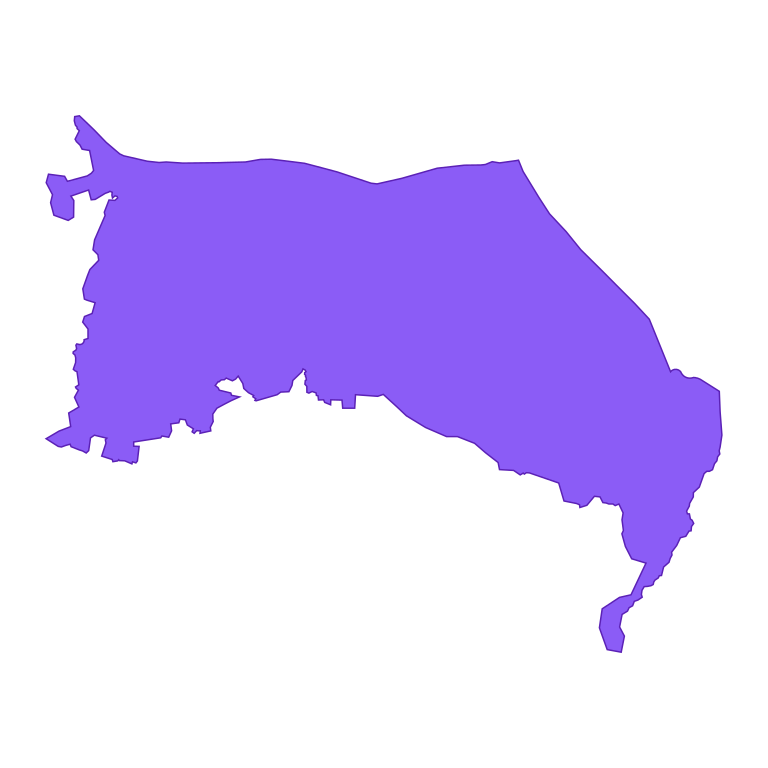 the district of Tell Abiad, Ar Raqqah, Syria
{"feature_id": "27442178B34075692761550", "entity_name": "Tell Abiad", "entity_type": "district", "adm_level": 2, "iso_a3": "SYR", "parent_name": "Syria", "parent_adm1": "Ar Raqqah", "projection": "orthographic", "projection_center": [39.333, 36.35], "detail": "fine", "context": "isolated", "style": "filled", "palette": "violet", "viewbox_px": 768, "rotation_deg": 0, "n_neighbors": 0, "source": "geoboundaries", "source_scale": "gbopen_adm2", "svg_char_len": 5669}
<svg xmlns="http://www.w3.org/2000/svg" viewBox="0 0 768 768"><path d="M46.1,438.7L58.2,446.4L61.4,447.0L65.8,445.4L70.1,444.2L71.1,446.7L79.5,450.0L82.5,450.9L86.2,453.0L88.7,450.6L90.5,437.9L94.4,435.2L106.8,438.2L105.3,439.8L106.0,443.0L101.7,456.1L112.2,459.5L112.9,461.7L117.7,460.9L118.7,459.7L119.4,460.6L124.7,460.8L131.9,463.9L132.5,461.8L135.9,462.9L137.4,461.0L139.1,446.4L133.7,446.2L133.7,442.0L160.7,437.8L161.9,436.0L168.7,437.2L171.6,430.8L170.7,423.9L178.8,422.8L180.0,419.1L185.4,419.8L187.3,425.0L193.4,428.8L192.1,431.8L194.2,433.3L196.7,430.6L198.1,430.8L200.3,430.8L200.0,433.3L210.8,430.9L210.3,427.3L213.2,421.5L212.9,418.8L212.8,414.1L216.9,408.2L224.5,404.1L231.1,400.7L239.5,396.9L231.5,395.3L230.8,393.0L219.3,390.2L218.2,387.9L215.2,385.5L218.2,381.6L218.9,381.9L221.3,379.9L224.4,379.7L226.2,378.1L232.4,380.8L235.6,379.1L238.2,376.1L242.8,383.5L243.8,388.5L248.5,392.7L253.7,395.5L252.9,396.8L255.8,398.8L254.9,400.4L256.1,400.8L277.2,394.7L280.7,392.1L288.9,391.7L292.0,385.4L292.8,380.5L301.8,371.8L303.0,368.9L305.2,370.1L306.0,371.7L304.7,372.6L304.6,374.4L305.6,375.2L305.5,376.7L306.0,377.2L306.4,379.9L305.3,380.5L304.9,384.2L306.8,386.3L306.9,392.3L308.9,393.1L312.1,391.5L316.1,392.9L316.4,395.4L318.0,395.8L318.5,400.0L323.6,399.8L324.7,402.4L330.6,404.8L330.8,399.8L342.0,400.1L342.7,408.2L354.7,408.2L355.5,394.7L377.7,396.3L383.3,394.4L397.2,407.1L406.4,415.8L425.6,427.5L446.6,436.6L457.5,436.6L474.6,443.3L485.6,452.8L498.1,462.5L499.5,469.6L513.6,470.4L520.2,474.9L523.2,473.1L524.3,474.1L526.4,472.7L529.4,472.9L558.7,483.0L564.0,501.0L576.5,503.5L579.5,504.7L579.9,507.5L586.9,505.3L594.4,496.3L600.0,496.9L602.9,502.6L606.2,503.0L608.8,504.0L612.9,504.0L615.2,505.6L618.9,504.0L623.1,512.9L622.0,519.8L623.4,530.5L621.9,533.8L625.4,546.5L631.7,558.8L646.0,563.1L631.0,594.8L619.5,597.4L602.2,608.8L599.4,627.8L607.2,649.6L621.2,652.2L624.4,636.1L619.6,627.0L622.1,614.4L627.5,611.1L629.1,607.7L632.6,605.8L634.3,601.3L637.9,600.1L642.2,597.2L641.4,594.4L642.0,590.3L644.2,586.6L647.4,586.4L651.0,585.7L653.2,584.5L653.8,581.9L655.1,580.0L658.2,578.0L659.3,575.7L661.5,575.5L663.6,567.0L669.0,562.3L670.2,558.4L672.0,555.0L671.6,552.2L676.7,545.5L680.4,537.7L685.8,536.3L689.0,531.1L691.1,530.8L691.5,526.5L693.7,523.4L692.1,520.2L690.4,519.0L689.4,513.9L687.4,513.8L686.6,511.1L689.3,506.1L689.6,503.4L693.3,496.9L693.4,492.6L699.3,487.1L704.1,473.6L706.8,471.3L709.4,471.3L712.5,469.7L714.5,463.7L716.9,460.8L717.6,456.9L719.8,454.0L719.2,450.8L720.1,447.1L721.9,435.1L720.1,411.5L719.3,391.3L700.3,379.3L700.1,379.2L699.7,379.1L699.3,378.9L699.0,378.7L698.7,378.6L698.2,378.4L697.9,378.3L697.6,378.2L697.3,378.1L697.0,378.0L696.7,378.0L696.2,377.9L695.7,377.7L695.4,377.7L695.0,377.6L694.8,377.6L694.4,377.6L694.0,377.5L693.5,377.5L693.2,377.6L692.9,377.7L692.4,377.8L692.0,377.9L691.5,378.0L691.2,378.1L690.9,378.1L690.3,378.1L689.9,378.2L689.4,378.1L689.1,378.1L688.8,378.1L688.3,378.0L688.0,378.0L687.9,377.9L687.6,377.9L687.3,377.8L687.1,377.7L686.8,377.7L686.7,377.6L686.4,377.5L686.3,377.4L686.1,377.4L685.8,377.3L685.7,377.2L685.4,377.1L685.0,376.8L684.8,376.7L684.6,376.6L684.1,376.2L683.9,376.1L683.6,375.9L683.2,375.5L683.1,375.3L682.9,375.1L682.6,374.9L682.3,374.5L682.1,374.2L681.8,373.8L681.6,373.5L681.5,373.4L681.4,373.1L681.2,372.9L681.1,372.6L680.9,372.2L680.8,371.9L680.6,371.8L680.5,371.6L680.3,371.4L680.2,371.2L679.8,370.9L679.7,370.8L679.4,370.6L679.1,370.4L678.8,370.2L678.7,370.1L678.3,369.9L677.9,369.8L677.6,369.7L677.4,369.6L676.9,369.5L676.7,369.4L676.4,369.4L676.2,369.4L675.8,369.4L675.5,369.4L675.1,369.4L674.9,369.4L674.6,369.4L674.4,369.5L674.2,369.5L673.9,369.6L673.6,369.7L673.3,369.8L673.0,369.9L672.8,370.0L672.5,370.2L672.3,370.3L672.1,370.4L671.8,370.6L671.7,370.7L671.4,370.9L671.2,371.1L670.9,371.4L670.8,371.5L670.7,371.7L670.6,371.8L649.3,319.2L634.6,303.4L616.2,285.0L603.7,272.4L580.6,249.5L566.2,231.7L549.5,213.8L538.7,197.1L523.1,171.5L518.5,160.2L515.6,160.7L499.6,162.9L492.2,161.7L489.0,163.0L485.4,164.5L480.9,165.0L464.3,165.2L437.2,168.2L413.8,174.9L401.9,178.3L377.1,183.9L371.1,183.2L344.9,174.5L337.7,172.1L336.7,171.8L321.3,167.7L304.6,163.3L289.5,161.4L271.3,159.2L260.4,159.4L245.4,162.0L225.0,162.5L219.2,162.7L182.8,163.1L166.2,162.0L159.1,162.5L147.2,161.2L123.7,155.8L121.0,154.5L119.7,153.9L106.2,142.4L94.2,130.0L90.7,126.6L79.4,115.8L74.7,116.6L74.3,120.8L75.4,125.1L77.1,127.2L77.1,128.6L79.3,130.7L75.1,139.2L76.4,141.6L80.0,145.1L82.1,149.2L89.6,150.5L93.6,170.5L91.4,173.2L87.3,175.9L67.4,181.3L64.6,176.3L48.5,174.2L46.2,182.7L52.5,194.7L50.6,202.7L53.9,215.2L68.2,220.4L73.6,217.1L73.8,200.5L70.9,196.1L88.6,190.0L91.2,199.8L95.2,199.4L105.3,193.3L108.7,192.1L109.9,191.3L112.2,192.3L111.9,195.1L112.5,198.0L115.0,195.9L117.1,196.4L117.7,197.9L114.9,200.4L109.0,200.0L104.3,212.2L105.1,215.5L94.6,239.8L93.0,249.8L97.9,254.7L98.7,260.3L89.9,269.5L87.5,275.6L82.8,288.8L84.4,299.1L87.0,300.2L95.1,302.7L92.1,313.5L84.5,316.5L82.7,322.1L88.0,329.0L88.0,338.5L84.1,339.7L84.1,339.9L84.2,340.0L84.1,340.3L84.1,340.5L84.1,340.8L84.1,341.0L84.0,341.3L83.9,341.6L83.8,341.9L83.7,342.1L83.5,342.4L83.4,342.6L83.2,342.8L83.1,343.0L82.8,343.3L82.7,343.4L82.5,343.6L82.4,343.7L82.2,343.8L81.9,344.0L81.7,344.1L81.2,344.3L80.7,344.4L80.4,344.5L80.2,344.5L79.9,344.5L79.6,344.5L79.4,344.5L79.2,344.5L79.0,344.4L78.8,344.4L78.6,344.4L78.3,344.2L78.1,344.2L76.8,343.9L75.9,345.2L76.6,348.6L75.9,350.1L73.2,351.9L73.1,353.4L75.0,355.1L75.7,357.9L75.6,362.6L73.3,369.3L75.0,370.8L77.0,371.7L78.8,384.8L75.5,387.0L76.2,388.4L78.4,390.2L74.5,397.3L78.9,407.0L68.7,413.0L70.7,426.6L59.0,431.1L46.1,438.7Z" fill="#8b5cf6" stroke="#5b21b6" stroke-width="1.5"/></svg>